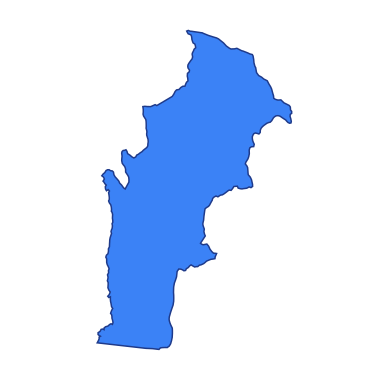 Jauru, Mato Grosso, Brazil, rotated 186°
{"feature_id": "56859067B96920061612765", "entity_name": "Jauru", "entity_type": "district", "adm_level": 2, "iso_a3": "BRA", "parent_name": "Brazil", "parent_adm1": "Mato Grosso", "projection": "natural_earth1", "projection_center": [-58.867, -15.302], "detail": "fine", "context": "isolated", "style": "filled", "palette": "blue", "viewbox_px": 384, "rotation_deg": 186, "n_neighbors": 0, "source": "geoboundaries", "source_scale": "gbopen_adm2", "svg_char_len": 5258}
<svg xmlns="http://www.w3.org/2000/svg" viewBox="0 0 384 384"><g transform="rotate(186 192 192)"><path d="M270.5,32.1L221.6,31.7L214.9,32.1L208.4,32.0L207.1,33.7L204.9,34.2L202.0,34.6L200.4,34.7L198.5,36.4L197.4,38.8L196.8,42.2L196.5,45.4L196.7,49.3L197.0,52.2L197.4,54.6L199.2,57.5L200.3,59.6L201.1,61.6L201.5,63.2L201.5,65.5L201.1,67.8L200.7,70.1L199.8,74.2L199.0,77.6L198.8,81.4L199.0,84.0L199.4,87.4L199.9,90.2L200.1,92.7L200.3,95.7L200.0,99.6L199.2,102.7L198.5,106.0L198.5,107.8L198.5,109.5L198.5,111.4L197.1,114.0L195.0,114.1L193.3,113.6L191.8,112.8L190.2,113.3L189.6,115.1L187.8,116.5L186.6,118.3L185.3,119.4L183.4,118.5L181.5,117.7L180.1,118.2L178.5,118.4L177.0,120.0L175.6,120.4L174.2,121.2L172.9,122.0L171.4,123.5L170.4,124.7L168.7,125.7L166.2,127.0L163.8,127.6L162.2,128.1L162.2,129.8L161.1,133.4L162.5,133.5L164.2,133.4L166.2,134.9L168.2,137.1L169.8,139.9L171.8,141.8L173.4,141.3L175.4,140.7L177.1,141.2L178.2,141.9L174.2,149.7L175.1,151.3L176.0,153.8L175.9,156.4L177.4,159.6L177.9,161.3L177.8,163.0L177.5,165.2L177.6,169.0L177.5,172.0L177.4,175.1L177.2,176.8L175.7,178.2L174.1,179.4L173.2,180.7L172.0,183.7L171.0,186.0L170.8,187.7L169.4,189.4L167.7,190.5L165.7,189.9L163.5,191.8L161.4,192.4L159.5,193.9L157.8,195.5L156.5,196.8L155.2,197.8L153.3,197.7L151.9,199.8L151.0,201.8L149.2,202.2L147.5,202.5L146.5,200.7L144.4,200.3L142.6,200.3L140.9,200.8L139.5,201.1L137.9,201.5L135.7,203.0L133.8,202.5L132.3,203.9L132.6,206.0L133.3,208.0L134.1,210.4L135.6,212.9L137.9,215.1L138.3,217.0L139.2,222.0L140.1,223.6L141.9,225.5L141.6,227.1L140.6,229.2L139.9,230.6L139.3,233.0L139.0,236.0L139.3,238.2L139.5,239.7L139.1,242.0L137.6,243.2L135.4,243.6L135.1,246.0L136.2,247.8L136.9,249.2L137.5,251.1L137.8,253.2L137.3,255.0L136.6,256.5L135.1,257.3L133.4,257.1L131.5,256.7L130.4,258.3L130.5,260.6L130.0,262.5L128.8,264.3L127.3,265.9L125.8,267.2L124.7,268.2L123.0,269.1L121.5,269.6L120.2,271.2L119.4,272.9L118.7,274.4L117.6,275.6L116.4,276.5L114.7,276.9L113.0,276.8L111.8,276.3L109.8,275.2L107.9,274.2L106.4,273.5L105.2,272.3L103.7,271.1L102.1,270.6L100.8,271.0L100.6,272.5L101.4,275.1L102.4,277.5L102.4,279.5L101.1,280.6L101.3,282.6L102.6,283.9L103.1,286.8L104.3,288.2L106.9,289.2L109.9,290.3L113.2,292.9L116.2,292.4L118.9,292.9L120.5,293.8L121.0,296.3L121.8,298.1L123.6,302.8L124.9,305.0L126.7,307.3L128.8,310.5L132.5,311.9L134.8,313.5L137.9,314.8L140.3,317.5L141.7,322.4L142.6,323.6L143.9,327.0L144.5,330.2L145.5,333.7L146.4,335.0L149.0,335.4L150.9,336.1L156.0,337.5L157.4,337.7L162.4,339.6L164.8,338.8L166.3,338.6L168.1,338.3L169.6,338.8L173.0,340.7L176.3,343.6L178.8,345.2L181.6,347.0L183.7,347.8L187.0,348.4L190.9,349.2L192.3,349.5L194.7,350.2L196.8,350.8L198.6,351.4L200.2,351.4L202.0,351.5L207.3,351.7L209.3,351.8L210.6,351.7L212.6,352.3L214.1,351.5L213.2,350.1L212.3,348.9L211.0,348.6L209.6,348.2L208.8,346.9L208.3,345.1L208.0,343.6L207.3,342.0L206.5,340.4L204.6,339.4L203.9,337.7L203.4,335.8L204.8,334.3L205.3,332.4L206.0,330.7L206.3,329.2L205.5,326.4L205.9,324.2L206.9,322.7L208.6,319.6L209.3,317.9L209.3,316.3L208.9,314.9L207.2,312.9L207.3,311.3L208.9,309.5L208.8,306.7L208.2,304.9L207.6,302.1L208.9,300.6L209.6,298.6L210.1,296.5L212.2,296.2L214.2,294.6L215.5,292.7L218.1,291.9L219.3,290.2L220.3,287.5L221.6,285.0L236.0,274.3L237.8,275.0L239.2,274.2L240.6,273.4L242.0,272.6L245.4,272.3L247.8,272.3L249.8,271.8L249.1,269.0L248.8,266.3L248.8,264.3L248.1,262.5L245.5,259.2L245.0,257.2L244.7,255.2L244.4,252.6L244.3,250.6L243.6,248.8L243.1,247.0L243.2,245.4L243.0,243.8L242.0,241.5L241.2,239.7L240.8,237.3L240.9,235.2L240.8,233.2L241.6,231.5L243.5,229.7L244.9,228.3L245.8,227.0L247.8,225.4L249.3,223.9L250.9,222.9L251.6,221.0L253.4,219.8L255.3,220.6L257.6,222.2L260.0,223.4L260.9,225.6L262.1,227.1L263.4,226.4L264.8,226.1L265.8,224.9L266.0,223.3L265.3,220.3L265.3,217.6L265.2,215.9L264.4,213.3L263.0,211.7L261.7,210.4L260.9,209.0L260.4,207.5L260.1,204.9L258.7,203.2L257.4,201.6L256.5,200.1L256.0,197.8L255.8,195.2L258.8,188.0L260.5,189.0L262.8,191.6L264.8,193.2L266.0,195.3L268.2,197.4L270.2,199.2L271.5,201.1L272.2,203.6L273.4,204.6L275.3,204.7L276.8,205.5L278.3,205.3L279.7,204.4L280.8,202.1L282.2,200.7L283.4,198.7L281.5,197.5L280.5,195.7L281.6,193.5L280.5,192.5L279.4,191.0L278.0,189.9L278.8,188.2L278.3,185.9L277.2,184.3L275.6,185.6L274.2,184.3L274.9,182.6L274.3,180.6L273.7,178.0L273.5,175.9L274.0,174.4L273.1,172.6L271.5,170.8L270.7,168.7L270.2,166.3L270.2,164.4L269.3,163.3L268.6,161.3L268.4,157.6L267.9,155.7L267.6,153.7L268.2,152.1L267.6,150.0L267.6,147.5L268.1,146.0L268.4,144.2L267.7,142.4L268.1,140.4L268.6,138.1L268.8,135.7L268.7,134.1L268.6,131.8L268.4,128.9L269.2,126.7L268.9,124.5L269.1,121.9L270.5,120.2L270.9,118.2L269.9,116.6L269.5,113.0L268.7,110.9L267.4,108.9L266.4,106.9L266.9,105.2L266.5,102.9L267.4,100.8L266.6,98.6L266.6,96.9L266.9,94.8L265.9,93.2L265.7,90.8L265.6,88.0L264.4,85.7L262.9,84.0L263.6,81.3L264.9,79.5L263.7,78.4L262.2,79.2L262.0,76.9L261.6,74.8L260.9,72.7L260.0,69.5L258.7,67.9L259.6,65.7L260.3,62.8L259.1,61.5L258.6,59.8L258.4,58.1L257.6,56.2L256.9,54.0L257.3,52.0L258.7,52.5L260.1,51.6L261.7,49.8L263.8,49.0L265.2,47.6L265.1,45.9L266.4,46.4L268.0,45.9L268.9,43.7L270.7,42.3L270.5,40.4L269.3,39.6L268.0,39.0L269.2,38.0L269.0,36.4L269.5,34.6L270.5,32.1Z" fill="#3b82f6" stroke="#1e3a8a" stroke-width="1.5"/></g></svg>